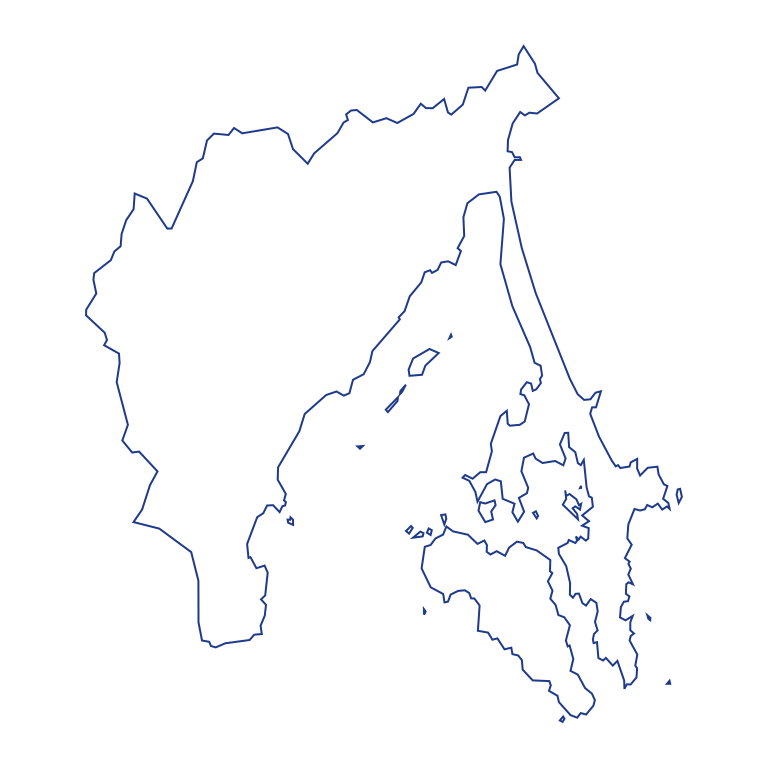 outline of Van Ninh, Khánh Hòa, Vietnam
{"feature_id": "81297802B51561347842325", "entity_name": "Van Ninh", "entity_type": "district", "adm_level": 2, "iso_a3": "VNM", "parent_name": "Vietnam", "parent_adm1": "Khánh Hòa", "projection": "equal_earth", "projection_center": [109.333, 12.708], "detail": "fine", "context": "isolated", "style": "outline", "palette": "blue", "viewbox_px": 768, "rotation_deg": 0, "n_neighbors": 0, "source": "geoboundaries", "source_scale": "gbopen_adm2", "svg_char_len": 6130}
<svg xmlns="http://www.w3.org/2000/svg" viewBox="0 0 768 768"><path d="M468.4,87.7L462.8,104.6L451.3,114.6L448.0,112.5L444.1,99.0L432.7,108.2L426.0,108.1L420.8,103.7L413.6,113.9L397.3,123.0L386.4,118.2L372.9,122.4L356.8,110.0L351.1,110.5L346.1,114.4L347.9,120.0L343.6,122.5L337.4,133.2L314.2,153.3L307.7,163.7L293.0,149.1L288.0,134.0L277.5,127.4L242.2,133.3L234.0,128.0L228.5,135.0L213.9,133.6L207.0,140.5L202.8,158.4L196.8,162.2L192.9,181.1L171.6,228.5L167.3,228.6L147.0,198.6L134.7,193.5L133.6,209.2L126.2,220.2L121.6,234.0L120.6,246.3L114.4,251.4L110.8,260.2L94.2,273.1L93.4,279.7L96.3,293.5L86.2,309.7L86.1,315.4L104.7,332.7L107.0,340.1L104.1,345.2L119.0,353.6L119.6,363.0L116.7,382.2L127.9,424.8L122.3,440.5L132.2,452.5L139.1,451.6L157.5,471.4L150.0,485.1L142.1,509.6L133.5,522.1L159.3,528.6L191.2,552.1L198.4,580.7L198.5,622.3L202.0,640.5L209.2,641.8L211.0,646.0L215.7,647.4L225.3,643.3L249.6,640.0L254.2,634.7L261.8,634.0L260.6,625.7L264.8,615.5L266.0,604.8L261.0,599.4L265.2,595.4L267.7,572.7L264.6,565.6L256.4,568.2L250.5,557.2L248.5,557.9L247.1,544.0L257.2,517.2L263.3,513.2L267.1,505.5L273.1,505.2L279.6,512.1L282.4,506.2L285.1,505.5L285.9,502.1L284.0,500.4L285.8,493.9L277.7,479.7L278.1,467.3L299.3,431.3L304.7,414.0L326.2,395.0L336.5,391.5L343.8,395.6L349.4,393.2L353.0,379.8L363.7,374.2L369.9,362.2L372.4,351.1L399.8,319.4L398.7,317.3L404.6,311.1L409.7,296.4L421.3,282.3L424.7,272.3L430.1,270.2L432.0,272.9L437.6,269.9L441.2,262.5L448.2,261.3L455.7,265.1L460.9,251.0L457.6,248.2L464.2,236.0L463.4,217.3L467.4,203.2L478.9,194.4L496.5,191.8L499.8,196.8L503.9,218.9L500.4,264.2L512.3,306.0L530.2,347.2L534.6,362.8L540.6,365.7L542.1,375.7L539.9,379.1L540.9,383.0L536.3,389.3L532.8,390.9L531.1,383.6L526.8,382.2L521.1,389.5L520.4,394.1L524.3,395.3L529.0,404.2L524.7,421.5L519.8,424.8L509.9,425.7L507.7,423.7L506.8,410.8L500.4,416.1L490.8,443.9L491.9,451.3L486.1,472.2L480.3,472.2L472.6,478.7L465.1,475.0L462.6,477.7L469.3,480.8L475.4,492.0L477.5,501.7L487.0,484.1L495.2,479.5L500.8,481.3L502.7,498.8L514.5,503.7L512.4,512.2L517.9,521.7L524.1,511.7L518.9,497.9L526.9,493.2L528.2,487.8L521.4,471.2L524.0,457.7L533.2,453.5L535.6,458.6L542.6,463.0L555.2,461.0L563.3,465.3L565.6,458.4L559.9,444.4L564.7,433.0L568.2,432.8L569.1,447.1L575.3,452.2L577.9,463.2L580.8,465.1L583.8,459.9L586.6,487.3L589.0,496.3L591.8,497.7L592.9,506.8L582.2,515.4L589.0,521.2L582.1,525.7L588.7,528.1L588.2,538.6L585.8,540.6L580.6,536.6L578.7,539.5L575.9,536.5L577.1,540.6L575.4,543.0L568.8,540.0L567.6,543.0L558.3,547.8L558.9,553.9L566.2,566.1L570.1,583.1L569.9,594.7L572.9,597.7L575.6,593.8L578.9,593.6L582.4,603.1L586.0,605.6L590.7,599.1L596.4,602.8L597.7,611.4L595.0,621.9L597.6,630.4L594.0,634.0L592.9,639.5L593.6,643.1L597.0,642.2L598.4,658.0L603.1,660.5L605.9,657.9L612.8,665.6L617.4,660.9L624.2,680.6L624.4,688.9L626.7,684.4L630.7,684.4L636.5,677.4L637.1,668.3L635.3,665.6L637.3,654.5L629.6,640.5L630.7,636.0L634.0,633.5L630.3,630.2L630.3,622.3L632.7,615.9L625.5,620.3L620.0,617.4L620.9,607.0L623.9,601.7L628.0,601.2L629.4,596.4L625.9,593.8L626.3,584.2L628.6,582.3L633.0,584.4L628.3,574.5L630.8,568.6L628.4,563.8L629.6,561.6L624.9,558.1L631.7,544.7L627.3,538.4L628.3,524.5L634.5,509.0L640.0,510.5L644.8,509.3L647.2,505.0L652.3,507.3L657.8,503.6L662.2,509.6L666.9,506.5L669.6,508.9L668.3,502.9L663.1,498.8L667.4,486.0L663.9,484.3L658.6,474.4L657.4,466.7L647.7,467.8L640.1,475.5L637.1,468.5L637.2,458.9L630.7,462.4L629.6,466.5L620.3,468.0L618.0,465.1L615.8,466.4L611.8,460.7L599.0,436.6L590.2,413.8L592.1,407.3L596.0,407.3L600.9,391.3L595.5,392.7L590.4,399.3L584.1,399.9L577.6,394.1L569.9,378.9L535.7,293.1L521.8,248.1L511.4,201.6L509.6,167.7L514.6,160.0L521.0,159.9L519.9,157.2L514.7,157.3L512.0,152.1L507.6,151.3L508.0,140.0L512.7,123.4L520.2,112.0L524.9,115.4L529.4,112.7L537.1,113.5L558.9,98.3L537.5,72.9L535.0,63.8L523.6,46.1L518.7,54.4L517.1,64.5L497.1,70.9L485.2,90.6L481.7,87.0L468.4,87.7ZM453.1,531.4L446.4,526.5L443.1,534.6L435.5,538.4L430.6,545.0L424.8,546.8L421.6,568.4L430.7,587.3L443.2,594.0L444.5,602.4L448.0,601.6L450.6,594.6L458.1,590.9L464.8,590.3L469.2,593.0L471.2,598.4L474.4,598.5L479.6,605.5L477.9,630.8L488.1,632.6L492.4,639.7L497.4,638.4L504.5,649.3L511.3,647.7L512.4,654.1L518.2,655.5L521.9,660.1L522.7,669.7L532.7,680.4L549.3,681.1L550.8,685.3L549.0,690.9L557.5,695.8L558.9,702.1L570.5,715.1L577.2,717.7L580.7,713.1L586.1,714.5L593.4,705.7L594.9,700.1L591.9,693.6L585.1,688.1L577.8,674.6L570.5,670.9L573.3,659.0L569.6,645.5L567.7,646.4L565.9,640.5L569.9,625.2L564.3,617.3L558.4,615.0L555.6,604.9L550.3,598.7L552.5,590.7L547.9,581.3L552.3,573.1L550.0,571.2L550.3,560.0L536.7,550.4L525.9,547.1L523.2,542.9L516.9,541.7L509.1,547.6L505.1,555.8L496.7,551.2L490.4,554.5L486.7,551.8L486.9,545.0L484.3,540.5L477.5,543.9L467.9,534.7L453.1,531.4ZM429.5,349.0L413.1,358.5L408.6,369.6L409.5,375.8L422.0,374.8L425.4,365.6L438.7,353.0L429.5,349.0ZM494.5,500.4L485.2,503.5L480.2,502.2L478.5,510.7L485.3,522.1L493.0,519.5L491.2,511.5L495.6,505.2L494.5,500.4ZM566.1,496.0L565.2,490.4L566.2,498.9L562.8,504.7L578.0,519.3L577.1,513.9L572.6,508.3L575.4,506.4L580.0,509.6L581.1,503.8L579.0,505.2L576.4,499.3L569.5,494.0L566.1,496.0ZM678.7,503.0L681.9,496.8L680.1,488.8L677.7,489.5L676.6,494.7L678.7,503.0ZM387.9,412.1L397.5,401.0L397.9,397.3L385.8,409.7L387.9,412.1ZM422.7,536.4L423.5,533.2L420.4,531.6L413.0,537.7L422.7,536.4ZM293.0,519.7L290.5,517.3L290.1,519.8L287.6,519.6L288.1,522.6L293.1,524.9L293.0,519.7ZM430.6,535.0L431.8,530.2L428.7,528.5L426.9,532.7L430.6,535.0ZM445.4,514.4L441.1,515.1L444.3,524.5L446.3,518.8L445.4,514.4ZM409.1,533.6L412.7,527.9L411.1,526.0L406.0,531.0L409.1,533.6ZM538.1,516.0L535.9,511.3L533.0,512.9L536.7,518.4L538.1,516.0ZM562.6,721.9L564.5,718.7L563.1,716.5L559.9,720.5L562.6,721.9ZM400.0,394.1L402.2,391.7L405.9,384.7L400.4,391.0L400.0,394.1ZM650.2,620.2L650.4,617.9L647.3,615.2L648.4,618.8L650.2,620.2ZM424.1,614.7L425.6,611.5L423.9,609.1L424.1,614.7ZM670.2,683.8L669.5,680.8L667.0,683.8L670.2,683.8ZM360.0,448.7L362.8,446.0L357.5,446.4L360.0,448.7ZM449.4,338.2L451.7,336.7L451.0,334.7L449.4,338.2ZM580.0,488.1L581.1,487.9L581.1,485.9L580.0,488.1Z" fill="none" stroke="#1e3a8a" stroke-width="2"/></svg>